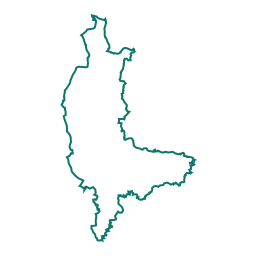 the district of Jamalpur, Dhaka, Bangladesh
{"feature_id": "16705992B65705561019803", "entity_name": "Jamalpur", "entity_type": "district", "adm_level": 2, "iso_a3": "BGD", "parent_name": "Bangladesh", "parent_adm1": "Dhaka", "projection": "mercator", "projection_center": [89.869, 25.0], "detail": "fine", "context": "isolated", "style": "outline", "palette": "teal", "viewbox_px": 256, "rotation_deg": 0, "n_neighbors": 0, "source": "geoboundaries", "source_scale": "gbopen_adm2", "svg_char_len": 5836}
<svg xmlns="http://www.w3.org/2000/svg" viewBox="0 0 256 256"><path d="M79.7,186.0L81.4,186.6L82.9,187.7L83.9,187.8L84.4,189.0L84.3,190.2L85.7,188.2L85.4,187.0L86.1,186.6L89.8,188.6L93.0,187.1L95.3,189.6L95.7,192.8L95.1,194.2L94.3,194.8L97.1,195.7L97.5,196.9L97.1,197.4L96.7,198.9L95.9,199.2L95.8,199.8L95.1,199.4L93.2,199.6L93.5,201.8L94.4,202.0L94.7,203.4L95.5,203.8L95.7,205.0L97.0,204.6L97.9,205.2L97.6,206.4L96.8,207.0L97.3,208.1L98.0,208.5L97.4,208.6L97.4,209.6L97.8,209.9L98.9,209.8L99.5,211.2L97.9,213.1L95.7,214.0L96.3,215.8L95.7,221.4L96.1,225.3L94.2,225.8L91.6,225.9L91.4,228.4L92.6,230.4L93.1,232.2L95.1,234.3L95.7,237.4L97.1,238.4L97.1,239.0L97.5,240.2L98.4,240.5L101.7,240.3L102.4,240.6L102.0,239.0L102.8,238.4L104.0,238.2L103.7,237.9L102.3,237.8L102.7,237.1L102.0,236.2L102.7,235.9L103.4,237.0L104.7,235.2L106.3,235.4L106.4,234.9L105.3,234.0L105.1,233.2L106.6,231.6L108.0,231.2L106.5,230.5L106.1,229.8L107.0,229.3L108.4,229.8L108.2,228.7L109.6,228.2L109.1,227.3L109.7,226.9L109.5,225.8L111.8,227.2L112.2,226.8L112.0,226.2L110.3,225.0L109.7,223.8L109.9,223.3L110.8,223.2L111.0,222.4L110.1,221.8L109.7,220.4L110.9,219.9L113.9,220.1L115.9,219.3L116.1,218.5L115.3,217.2L115.1,216.0L118.1,211.5L119.4,212.6L121.2,212.7L122.0,212.4L122.6,211.1L123.1,210.8L122.9,209.4L121.9,207.0L118.5,203.9L118.4,202.4L118.7,200.2L118.1,198.9L118.1,197.9L118.8,196.4L119.6,196.0L119.3,195.6L118.6,195.6L118.6,195.3L120.6,195.2L120.8,195.9L121.5,196.4L123.1,196.6L123.9,197.0L123.8,196.0L123.2,195.6L123.7,195.1L125.0,197.1L125.5,196.6L126.0,196.7L126.3,195.2L127.1,194.7L127.3,194.1L129.7,194.6L129.2,193.4L129.5,193.1L130.1,193.2L130.1,192.8L128.9,192.6L128.3,192.0L128.3,191.4L129.5,191.9L131.7,191.2L131.6,191.6L133.0,192.7L132.7,193.4L133.0,194.8L133.8,194.2L134.7,194.5L136.1,194.2L136.9,194.6L137.5,196.7L138.0,196.9L136.8,197.4L136.8,197.9L137.7,197.7L138.5,198.9L140.2,199.8L141.9,199.4L142.4,199.6L143.5,198.6L144.1,199.0L145.1,198.7L145.0,196.5L145.8,196.1L145.8,195.5L146.4,195.5L147.3,194.5L148.8,194.2L149.4,193.2L149.3,192.8L150.2,192.8L150.4,191.9L151.6,191.8L152.3,189.3L152.1,187.9L154.3,186.1L156.8,186.1L158.3,186.9L159.9,185.5L163.2,185.0L164.3,183.3L167.6,182.6L171.1,184.6L172.6,183.9L173.2,184.3L173.3,183.4L173.7,183.2L174.9,183.7L175.8,182.7L176.8,183.4L177.2,184.2L178.5,184.6L178.7,185.6L179.7,185.5L179.9,185.1L179.7,184.4L180.1,184.3L180.1,183.4L180.6,182.8L181.9,182.0L183.2,182.3L184.2,182.0L184.4,180.8L184.1,179.4L184.7,177.9L184.3,176.8L185.5,175.5L184.9,175.1L186.6,173.1L187.3,172.9L188.3,173.3L189.3,172.8L190.5,173.5L191.5,172.7L190.1,172.2L190.3,171.7L189.9,171.5L189.9,170.7L189.3,169.7L190.9,169.2L191.0,168.8L191.2,166.7L190.7,165.9L191.8,165.7L192.1,165.1L193.7,165.0L194.0,164.7L192.9,164.4L193.5,163.1L192.4,163.5L189.9,163.6L189.8,163.1L189.9,162.8L191.1,163.2L191.6,163.0L192.1,161.4L192.8,160.9L194.1,160.7L193.9,159.8L194.4,159.7L192.8,158.9L192.8,157.9L191.8,157.5L189.7,156.9L187.1,157.1L186.7,156.2L184.1,155.9L183.8,155.4L184.3,153.9L183.3,152.8L181.7,153.3L180.6,154.4L179.9,153.7L178.1,154.4L176.2,153.5L175.4,153.6L174.4,152.7L172.4,151.9L168.3,152.5L165.9,151.8L162.5,152.6L159.6,151.6L158.5,150.7L157.8,150.8L157.7,151.3L154.5,151.6L154.4,151.1L155.8,149.2L153.7,150.4L153.4,151.8L148.1,150.7L147.3,150.1L147.0,148.9L146.0,148.2L143.7,148.5L142.7,149.7L142.3,149.7L140.0,148.6L136.5,147.8L134.5,146.4L133.7,145.3L133.8,143.7L133.3,142.5L133.3,140.8L132.7,140.3L132.6,139.3L132.1,138.6L130.8,138.2L128.2,138.5L125.2,139.9L124.2,139.1L124.1,137.5L124.6,137.5L124.3,131.9L124.0,131.0L123.2,130.6L121.6,131.3L121.5,131.0L122.3,129.5L121.0,126.1L121.5,123.2L118.5,122.9L119.1,120.8L119.0,119.0L123.7,118.9L124.4,119.3L124.8,117.7L124.4,116.7L127.0,114.5L129.2,111.8L127.4,111.5L127.2,110.5L125.9,109.3L125.9,108.8L126.4,108.1L126.3,107.5L126.8,106.7L126.7,104.9L124.5,102.3L123.2,99.7L122.4,99.3L122.0,98.6L122.0,97.8L122.4,97.6L122.2,96.9L122.4,96.0L121.9,95.3L122.1,94.9L121.7,93.8L123.2,93.1L122.9,91.8L123.5,90.7L123.5,90.3L123.0,89.9L123.8,87.0L123.4,86.8L123.5,85.9L124.1,84.6L125.7,83.4L123.7,81.1L122.1,81.2L120.2,80.7L119.6,79.4L120.4,78.3L120.7,74.5L121.1,73.0L120.7,72.3L121.7,71.4L121.7,70.4L123.1,69.2L123.1,67.6L123.7,66.1L123.6,64.9L123.9,64.3L123.7,63.8L124.0,63.3L123.9,60.6L124.4,60.4L124.4,59.3L124.7,58.8L126.7,58.7L127.4,59.1L128.2,60.4L130.6,60.2L130.3,57.6L131.2,55.4L130.6,54.6L130.6,53.8L131.7,52.6L133.1,52.6L134.6,51.6L134.3,51.3L134.0,49.2L133.6,48.8L132.4,50.2L129.6,49.6L128.8,48.9L127.6,48.7L126.7,48.1L124.9,47.9L123.0,48.8L122.1,50.2L121.5,50.5L120.9,52.1L120.2,52.1L119.7,53.1L117.7,53.8L114.6,53.1L113.6,53.6L112.4,52.7L111.1,52.7L111.1,52.3L110.2,51.9L107.1,51.1L108.6,49.3L108.4,48.6L109.5,47.8L109.4,46.3L109.2,45.0L107.5,41.9L106.0,37.8L105.2,37.4L104.7,35.5L104.7,30.6L104.3,28.9L106.0,23.5L106.1,22.2L105.6,21.9L105.7,19.9L104.8,19.8L104.9,19.3L104.0,20.0L99.5,18.7L97.4,17.6L96.5,16.5L91.9,15.4L92.1,16.7L93.4,17.0L93.6,17.8L93.0,19.9L93.8,20.1L94.6,19.6L95.5,20.6L95.1,20.0L95.2,19.4L95.9,20.5L96.0,22.1L95.0,27.0L94.4,27.9L92.7,28.7L87.3,29.5L86.0,31.5L81.2,35.3L82.4,36.1L82.8,37.5L83.5,38.5L85.3,44.7L86.0,44.9L85.9,46.6L86.7,50.3L88.4,52.8L89.4,55.0L88.7,57.1L87.7,57.5L87.6,57.9L87.6,58.4L87.8,58.3L87.7,61.0L88.0,62.8L87.6,66.6L87.4,66.9L85.8,67.3L79.1,66.7L77.5,67.1L76.3,67.8L75.2,71.2L72.8,74.8L70.4,80.6L70.2,82.4L69.5,83.9L66.5,88.6L64.7,90.7L65.0,91.3L63.9,96.7L64.3,96.9L64.3,100.5L63.1,100.5L62.8,102.8L61.6,104.7L63.6,107.3L65.0,107.8L65.0,109.9L65.6,111.4L65.7,115.1L63.8,116.0L63.8,117.0L66.9,126.1L67.0,131.4L69.6,134.5L70.6,137.0L71.0,142.2L69.9,144.7L69.6,146.7L70.5,149.5L71.1,149.9L72.2,150.0L72.8,153.4L71.0,153.3L70.9,154.1L70.4,154.3L69.9,155.6L66.9,157.2L68.2,159.4L68.7,163.2L71.2,168.0L71.6,171.0L72.6,172.7L76.0,176.3L78.5,178.3L83.3,180.5L81.6,183.6L79.7,186.0Z" fill="none" stroke="#0f766e" stroke-width="2"/></svg>